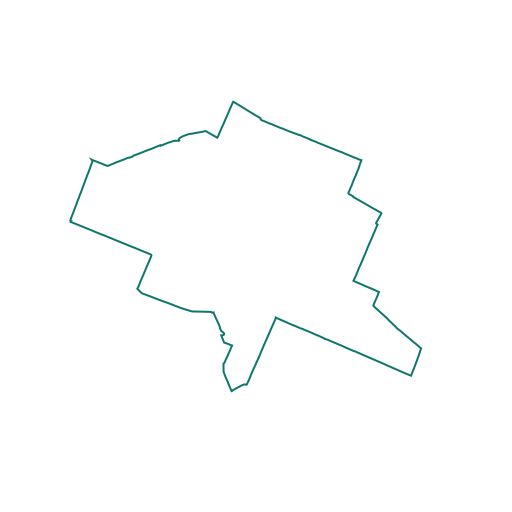 Obarsia De Camp, Mehedinti, Romania (Albers equal-area conic projection), rotated 22°
{"feature_id": "2599482B85119873558149", "entity_name": "Obarsia De Camp", "entity_type": "district", "adm_level": 2, "iso_a3": "ROU", "parent_name": "Romania", "parent_adm1": "Mehedinti", "projection": "albers", "projection_center": [22.992, 44.171], "detail": "fine", "context": "isolated", "style": "outline", "palette": "teal", "viewbox_px": 512, "rotation_deg": 22, "n_neighbors": 0, "source": "geoboundaries", "source_scale": "gbopen_adm2", "svg_char_len": 6026}
<svg xmlns="http://www.w3.org/2000/svg" viewBox="0 0 512 512"><g transform="rotate(22 256 256)"><path d="M444.6,308.9L444.5,296.5L444.3,291.4L444.2,289.7L444.2,287.3L444.0,286.0L443.8,281.8L443.7,279.8L442.9,279.6L437.2,277.6L426.5,274.2L425.8,274.0L417.4,271.2L414.8,270.5L413.4,270.1L411.6,269.2L410.4,268.7L409.0,268.2L406.9,267.2L403.1,265.8L400.2,264.4L388.5,260.2L384.9,258.8L383.4,258.1L383.4,257.1L383.3,255.9L383.4,254.2L383.4,253.0L383.5,250.7L383.5,245.2L383.5,243.7L383.5,243.3L377.6,243.1L376.0,243.0L371.1,243.0L364.7,242.8L359.7,242.7L355.6,242.5L355.6,242.3L355.9,238.9L356.0,235.8L356.0,233.6L356.0,231.0L356.0,228.4L356.2,224.0L356.2,222.0L356.3,215.5L356.4,214.1L356.4,212.3L356.4,207.5L356.3,206.9L356.4,204.5L356.4,202.4L356.6,197.6L356.7,194.7L356.7,193.3L356.7,192.4L356.7,191.4L356.8,189.8L356.8,188.4L356.8,187.4L356.8,186.0L356.9,181.3L355.4,180.9L355.1,180.7L355.0,180.2L355.0,179.7L355.2,178.8L355.3,177.8L355.5,177.0L355.5,175.8L355.7,175.0L355.7,174.6L356.0,172.3L356.1,171.4L356.3,169.9L356.3,169.6L356.2,169.4L355.7,169.1L353.4,168.8L344.1,167.6L335.8,166.4L333.4,166.1L326.1,165.1L325.6,165.0L324.8,165.1L324.3,165.0L324.1,164.6L324.0,164.4L323.6,164.3L322.8,164.2L321.8,164.1L320.5,163.8L319.5,163.8L318.9,163.7L318.5,163.5L318.2,163.3L318.1,163.0L318.0,162.6L318.0,161.8L318.1,160.8L318.1,157.2L318.3,154.5L318.2,154.0L318.2,152.1L318.2,151.5L318.1,149.8L318.2,147.5L318.2,146.9L318.2,146.4L318.3,143.6L318.2,142.5L318.3,141.7L318.2,140.6L318.3,139.8L318.3,136.4L318.2,135.5L318.1,134.2L317.9,131.3L317.9,129.0L317.8,127.7L315.1,127.9L312.3,127.8L310.2,127.9L306.3,127.8L299.8,127.8L296.6,127.6L295.6,127.7L292.6,127.8L288.0,127.8L278.8,127.8L278.1,127.8L276.6,127.8L276.0,127.8L270.1,127.8L269.3,127.7L263.9,127.8L263.6,127.9L263.4,127.6L257.8,127.6L256.1,127.6L253.9,127.6L252.6,127.4L252.3,127.4L251.6,127.4L250.8,127.6L250.5,127.7L247.2,127.7L244.9,127.9L241.2,127.9L240.4,128.0L239.7,128.0L239.1,128.0L236.9,128.0L236.3,127.9L235.9,128.0L235.2,128.0L234.0,127.9L232.4,127.9L231.2,128.1L230.4,128.1L226.3,128.0L224.3,128.0L222.3,128.0L221.8,127.9L220.4,128.0L214.6,128.0L213.3,127.9L210.6,128.0L209.6,127.8L209.3,127.6L209.0,127.2L208.7,126.6L205.6,126.1L201.2,125.5L200.7,125.4L199.7,125.2L197.2,124.8L196.1,124.6L195.2,124.5L192.4,124.0L178.7,121.7L177.1,121.5L177.0,122.1L176.7,130.4L176.8,131.6L176.6,135.5L176.6,137.5L176.4,142.3L176.4,145.4L176.2,148.9L176.1,152.4L176.1,153.2L176.0,155.9L176.0,156.6L176.0,158.1L175.9,160.3L175.8,160.8L175.4,160.8L174.7,160.6L174.0,160.6L173.3,160.5L169.2,159.9L165.8,159.5L164.5,159.3L163.6,159.0L162.6,159.1L162.0,159.3L160.7,160.3L158.5,161.7L156.1,163.2L153.7,164.6L152.1,165.8L148.1,168.1L147.7,168.4L143.1,172.6L142.5,173.4L141.0,175.2L141.0,175.6L140.9,175.9L140.9,176.1L140.8,176.5L141.1,177.0L141.6,177.7L141.3,178.1L140.9,177.7L140.5,178.1L139.1,179.0L138.5,179.3L138.2,179.2L136.8,180.0L136.2,180.5L135.3,181.3L132.1,183.9L131.5,184.5L129.6,186.3L126.9,189.0L126.3,189.5L125.9,189.1L124.5,190.4L121.1,193.6L119.3,195.4L114.9,199.4L109.7,204.4L107.0,206.8L104.5,209.2L104.3,209.8L103.9,210.4L101.9,212.2L101.1,212.5L100.6,212.8L97.5,215.9L94.8,218.3L93.2,219.9L92.5,220.5L92.0,220.7L91.7,221.2L90.4,222.5L86.3,226.6L84.9,227.9L84.5,228.1L83.0,228.2L78.9,228.2L68.9,228.3L67.4,228.2L67.8,228.5L68.6,228.7L68.9,229.1L69.0,234.0L69.2,237.0L69.3,242.0L69.3,244.0L69.3,245.4L69.4,246.4L69.4,250.0L69.6,252.5L69.5,253.6L69.6,254.7L69.6,256.5L69.8,261.6L69.8,262.0L69.8,262.9L69.8,265.2L70.0,269.0L69.9,271.2L70.0,272.8L69.9,273.3L69.9,273.9L70.1,274.5L70.1,276.8L70.2,279.1L70.2,281.3L70.3,282.7L70.3,288.5L70.4,289.7L70.5,292.7L70.7,293.0L70.9,293.1L71.3,293.1L71.6,293.0L71.6,293.9L71.9,293.9L72.1,293.8L72.4,293.8L93.3,293.8L95.3,293.8L100.9,293.9L103.0,293.9L105.2,293.9L106.6,293.8L116.4,293.8L118.8,293.9L121.6,293.9L128.7,293.9L131.2,293.9L134.7,294.0L138.2,293.9L138.9,293.9L140.7,293.9L142.0,293.9L149.5,294.0L152.1,293.9L156.4,294.0L158.0,294.0L158.6,294.3L158.8,294.6L158.9,294.8L158.9,299.5L158.9,300.9L158.7,305.8L158.7,308.9L158.6,309.7L158.7,310.6L158.6,312.3L158.6,315.4L158.4,321.5L158.5,328.1L158.4,329.0L158.2,330.6L158.2,330.8L159.0,331.2L164.0,333.3L164.3,333.3L186.7,332.8L191.0,332.6L207.1,332.3L217.4,331.4L227.7,327.5L229.6,326.8L234.9,324.8L235.1,324.7L235.4,324.7L236.5,325.0L237.4,324.5L237.8,324.2L238.4,325.1L242.9,329.4L247.6,333.8L248.9,335.2L249.7,336.4L250.1,336.9L251.0,337.7L252.0,338.5L252.8,338.8L254.3,339.2L255.1,339.5L255.6,340.0L255.7,340.4L255.7,340.8L255.4,341.5L254.1,342.3L253.5,342.6L257.4,346.7L258.9,348.2L261.6,348.1L267.4,347.9L267.2,350.6L267.3,352.4L267.3,353.4L267.1,356.3L267.1,356.8L267.1,357.5L266.8,363.9L266.8,365.7L266.7,367.1L266.2,367.8L266.4,368.6L267.6,371.4L269.1,375.0L269.5,375.7L270.4,376.7L271.2,377.6L273.0,379.5L276.1,382.5L276.7,383.0L277.7,384.2L281.1,387.6L283.5,390.0L283.9,390.4L284.2,390.5L284.3,390.4L284.3,390.2L284.3,389.9L284.3,389.7L284.7,389.2L285.3,388.6L288.1,385.1L289.0,384.0L289.4,383.6L291.2,381.3L291.7,380.8L292.9,379.7L293.1,379.5L293.5,379.3L293.9,379.2L295.2,379.0L295.5,378.9L295.6,378.5L295.9,372.8L295.9,372.2L295.9,370.5L295.9,369.3L295.9,367.8L296.0,362.1L296.2,359.5L296.2,358.7L296.3,357.0L296.3,355.4L296.3,354.0L296.4,353.7L296.4,353.1L296.5,352.4L296.5,349.4L296.6,347.9L296.7,346.6L296.6,343.2L296.7,340.3L296.7,338.7L296.8,334.9L296.9,331.0L297.0,328.8L297.3,316.8L297.6,307.2L297.6,306.2L297.4,305.7L299.4,305.8L307.0,306.0L310.3,306.1L310.8,306.2L312.1,306.2L316.2,306.3L317.0,306.2L325.0,306.4L325.4,306.3L325.9,306.2L326.2,306.2L328.8,306.3L329.5,306.3L331.1,306.3L333.4,306.3L337.8,306.4L339.9,306.6L340.7,306.5L341.2,306.5L343.3,306.6L343.8,306.5L347.5,306.7L348.1,306.7L349.5,306.8L350.0,306.8L350.9,307.2L352.2,306.9L354.0,306.8L367.1,307.1L368.2,307.0L369.7,307.1L373.6,307.3L381.9,307.5L382.4,307.5L382.7,307.4L383.9,307.3L384.2,307.3L384.6,307.4L385.4,307.4L389.1,307.5L392.6,307.6L416.3,308.2L418.5,308.3L422.1,308.4L424.5,308.5L428.4,308.6L440.5,308.9L444.6,308.9Z" fill="none" stroke="#0f766e" stroke-width="2"/></g></svg>